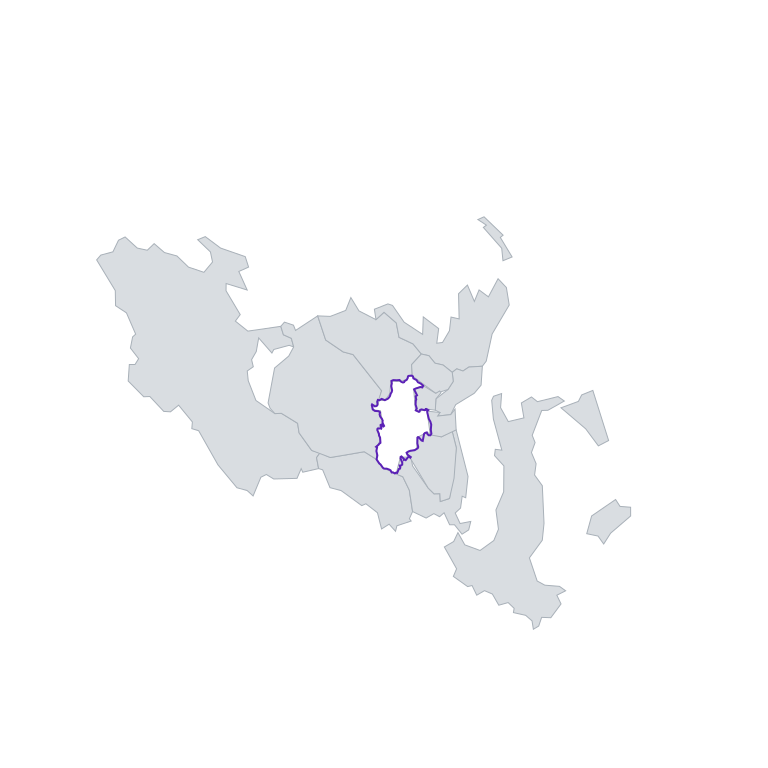 Republic of Serbia highlighted, Robinson projection, rotated 228°
{"feature_id": "SRB", "entity_name": "Republic of Serbia", "entity_type": "country or territory", "adm_level": 0, "iso_a3": "SRB", "parent_name": "Europe", "parent_adm1": "", "projection": "robinson", "projection_center": [20.755, 44.206], "detail": "medium", "context": "with_neighbors", "style": "outline", "palette": "violet", "viewbox_px": 768, "rotation_deg": 228, "n_neighbors": 12, "source": "natural_earth", "source_scale": "50m", "svg_char_len": 7212}
<svg xmlns="http://www.w3.org/2000/svg" viewBox="0 0 768 768"><g transform="rotate(228 384 384)"><path d="M589.4,338.2L598.3,343.4L615.9,342.1L613.1,349.8L594.4,353.5L571.5,366.1L561.5,361.6L564.8,351.4L545.4,345.2L564.3,333.9L559.0,329.0L531.8,323.6L530.2,315.6L514.4,318.2L495.9,345.9L487.9,342.2L479.9,345.7L472.0,341.7L476.2,339.4L483.4,325.2L482.0,321.4L502.1,321.7L493.6,310.8L490.7,301.9L484.3,298.4L485.2,291.1L477.3,285.3L457.4,277.8L435.0,283.1L430.9,288.1L412.6,293.5L404.5,288.2L383.0,285.8L375.7,290.4L374.4,284.6L364.9,278.8L372.8,264.6L376.5,265.8L372.1,256.2L387.2,238.5L395.5,236.0L397.1,230.1L388.4,211.8L396.4,211.0L405.3,205.3L435.0,206.5L473.3,215.0L479.4,211.3L484.0,216.2L505.7,217.2L506.2,206.7L511.0,202.0L531.4,201.6L535.3,196.9L557.4,195.9L568.9,207.8L565.1,212.0L567.0,218.6L580.4,219.6L587.2,228.7L587.2,232.8L609.2,240.2L621.8,236.9L633.2,246.8L668.5,253.5L669.3,259.8L663.6,271.0L668.5,282.9L666.5,290.0L650.1,291.6L641.8,297.6L642.1,307.1L628.6,308.8L617.7,315.8L601.7,316.9L587.5,324.9L589.4,338.2Z" fill="#d9dde1" stroke="#a8b0b8" stroke-width="1"/><path d="M364.9,278.8L374.4,284.6L375.7,290.4L365.3,294.9L346.9,324.0L333.0,328.0L322.3,327.1L302.5,335.9L288.2,331.8L270.1,319.9L266.9,312.7L264.0,312.5L270.0,298.7L266.8,294.0L276.4,294.0L277.9,285.2L292.7,293.0L307.1,290.4L308.5,286.1L333.5,280.8L343.1,274.5L361.3,281.0L364.9,278.8Z" fill="#d9dde1" stroke="#a8b0b8" stroke-width="1"/><path d="M472.0,341.7L479.9,345.7L487.9,342.2L495.9,345.9L496.6,351.4L488.3,356.1L483.0,354.1L479.0,380.3L455.7,370.1L435.2,375.1L426.6,380.7L380.6,377.7L372.3,365.0L376.3,361.4L372.0,358.7L366.5,363.5L356.3,357.2L354.9,348.3L344.3,343.3L342.4,336.4L333.0,328.0L346.9,324.0L365.3,294.9L383.0,285.8L404.5,288.2L412.6,293.5L430.9,288.1L435.0,283.1L442.2,283.1L447.5,285.2L469.1,313.4L468.5,331.9L472.0,341.7Z" fill="#d9dde1" stroke="#a8b0b8" stroke-width="1"/><path d="M375.5,368.8L380.6,377.7L426.6,380.7L435.2,375.1L455.7,370.1L479.0,380.3L470.2,389.3L464.3,404.8L470.4,417.2L455.1,414.3L437.2,421.1L437.3,432.0L421.2,434.0L408.6,426.4L394.4,432.4L381.3,431.8L379.9,417.4L371.0,410.4L373.9,407.3L371.9,404.8L374.8,397.9L381.5,391.1L372.9,381.7L371.2,373.7L375.5,368.8Z" fill="#d9dde1" stroke="#a8b0b8" stroke-width="1"/><path d="M443.4,563.8L441.3,570.2L414.9,572.1L415.1,568.5L392.7,564.2L396.0,554.9L406.1,562.3L433.9,562.6L433.5,566.4L443.4,563.8ZM381.3,431.8L394.4,432.4L408.6,426.4L421.2,434.0L437.3,432.0L437.2,421.1L446.0,426.9L440.9,440.5L436.7,442.9L416.5,440.3L395.0,445.9L407.6,458.1L388.6,461.7L379.0,450.5L375.7,455.3L379.8,468.3L388.9,478.6L382.1,483.4L401.2,499.8L401.7,512.2L384.9,506.4L390.3,517.6L378.9,519.9L385.9,539.2L373.8,539.5L358.9,529.9L348.8,497.8L332.6,475.3L331.4,469.0L339.8,458.4L340.8,451.4L346.6,448.2L347.0,442.5L358.6,440.6L365.4,435.8L375.0,436.3L381.3,431.8Z" fill="#d9dde1" stroke="#a8b0b8" stroke-width="1"/><path d="M347.0,442.5L346.6,448.2L340.8,451.4L339.8,458.4L331.4,469.0L318.2,455.4L316.7,445.0L320.7,423.5L316.6,413.1L324.3,402.4L325.4,406.5L330.2,404.6L338.2,412.6L337.1,427.9L339.6,437.2L347.0,442.5Z" fill="#d9dde1" stroke="#a8b0b8" stroke-width="1"/><path d="M270.1,319.9L288.2,331.8L302.5,335.9L309.0,332.7L318.6,347.1L311.8,355.2L304.0,350.4L277.1,347.2L268.9,347.7L265.1,352.1L259.0,347.2L255.1,356.1L288.1,395.0L303.6,403.2L301.6,406.9L259.1,384.6L244.8,368.6L248.3,367.0L240.6,357.9L240.5,350.6L229.4,347.2L223.8,356.5L218.9,349.3L220.2,341.5L232.2,342.2L235.5,338.6L248.1,342.5L248.2,336.5L254.3,334.3L256.2,325.6L270.1,319.9Z" fill="#d9dde1" stroke="#a8b0b8" stroke-width="1"/><path d="M165.0,311.6L175.3,314.6L177.5,310.6L194.6,306.8L198.1,314.3L222.5,319.8L220.3,330.4L224.1,339.5L210.4,336.4L196.0,344.0L194.2,360.9L199.5,371.9L215.5,382.9L223.8,400.8L242.9,418.3L256.8,418.2L261.0,423.0L256.0,427.3L284.7,441.8L299.8,453.1L301.6,457.2L298.2,465.0L288.4,454.8L272.9,451.2L265.2,465.3L278.0,473.4L275.7,484.9L268.2,486.2L258.2,504.9L250.7,506.6L254.8,488.2L258.8,483.5L246.7,459.8L239.4,457.1L234.4,447.7L223.0,443.7L215.6,435.0L202.5,433.6L173.4,409.7L162.0,397.1L157.5,375.7L135.1,366.0L126.9,368.9L116.2,379.0L108.8,380.6L111.4,371.1L102.1,368.4L98.7,351.6L105.1,345.0L100.6,337.0L101.8,330.9L108.9,335.5L117.3,334.5L127.5,327.2L130.2,330.6L138.5,330.0L142.8,321.3L155.4,324.0L163.2,320.4L165.0,311.6ZM215.7,503.9L247.9,499.6L241.0,516.8L243.6,523.6L239.5,534.9L191.7,513.1L194.6,501.9L215.7,503.9ZM127.8,441.3L137.1,434.5L147.0,450.0L143.2,478.8L135.1,477.5L127.4,484.8L120.9,479.0L121.5,452.6L118.1,440.2L127.8,441.3Z" fill="#d9dde1" stroke="#a8b0b8" stroke-width="1"/><path d="M303.6,403.2L288.1,395.0L267.1,373.0L255.1,356.1L259.0,347.2L265.1,352.1L268.9,347.7L277.1,347.2L318.1,355.2L313.7,364.7L322.1,373.1L319.4,383.3L306.3,391.3L303.6,403.2Z" fill="#d9dde1" stroke="#a8b0b8" stroke-width="1"/><path d="M371.0,410.4L379.9,417.4L381.3,431.8L375.0,436.3L365.4,435.8L358.6,440.6L347.0,442.5L339.6,437.2L337.1,427.9L342.4,416.2L371.0,410.4Z" fill="#d9dde1" stroke="#a8b0b8" stroke-width="1"/><path d="M335.0,397.9L325.4,406.5L324.3,402.4L316.6,413.1L317.8,420.0L301.6,406.9L306.3,391.3L315.3,384.3L335.0,397.9Z" fill="#d9dde1" stroke="#a8b0b8" stroke-width="1"/><path d="M339.4,420.5L338.2,412.6L330.2,404.6L337.7,398.2L340.2,390.9L343.3,389.7L360.2,402.5L356.8,412.0L342.4,416.2L341.6,420.7L339.4,420.5Z" fill="#d9dde1" stroke="#a8b0b8" stroke-width="1"/><path d="M352.8,356.0L355.6,356.8L356.9,357.5L357.6,358.5L359.4,359.1L362.4,359.4L364.4,360.4L365.6,362.1L367.5,361.7L370.1,359.2L372.6,358.6L376.5,360.8L376.8,361.5L373.6,362.2L372.8,363.3L372.6,364.5L373.3,365.7L375.3,367.0L376.3,368.8L375.0,369.7L374.5,372.3L371.4,373.8L370.5,376.9L370.6,378.7L371.0,380.3L372.4,382.6L372.9,384.4L373.9,385.8L377.6,388.0L379.2,390.2L381.3,391.6L380.7,393.5L378.2,396.0L376.6,398.2L374.0,398.3L372.4,399.1L371.9,400.2L372.4,401.1L371.9,403.7L372.6,405.6L373.6,406.9L373.5,407.8L371.7,410.2L370.3,410.6L368.5,409.6L365.2,410.8L362.6,410.4L359.7,411.6L356.5,412.0L355.8,410.2L357.4,409.0L359.5,404.4L359.9,402.8L353.5,401.0L353.7,399.3L350.8,397.5L350.5,396.6L347.6,393.7L343.8,391.9L343.1,390.0L340.0,391.3L339.7,391.8L340.6,393.5L340.0,394.9L337.3,396.7L337.0,397.3L337.5,398.3L337.2,398.7L335.0,399.4L335.0,398.0L333.7,397.0L328.0,393.9L325.1,393.3L322.2,391.9L318.7,388.2L315.3,385.9L314.9,384.1L316.0,382.9L317.8,382.8L319.4,383.4L320.2,381.7L320.1,380.4L315.8,374.7L316.9,374.1L321.2,374.2L321.8,373.7L321.8,373.0L317.5,369.0L314.3,367.3L313.7,366.1L314.3,362.5L316.8,358.8L317.5,357.0L317.8,354.8L315.8,354.1L311.8,355.0L311.6,354.3L313.2,353.8L313.5,352.8L312.9,349.2L314.0,348.9L314.2,348.0L315.3,348.6L317.0,348.6L318.5,348.5L318.7,347.6L317.5,346.4L313.4,345.0L311.9,343.6L312.0,342.2L312.9,341.1L311.0,340.2L310.4,339.3L310.9,338.1L309.1,334.3L310.1,333.6L310.3,332.2L312.2,331.6L313.1,330.5L315.5,331.1L316.7,330.7L319.2,329.4L321.1,327.4L322.6,327.1L326.5,327.6L328.1,327.3L332.9,328.0L335.4,331.3L339.3,333.5L341.5,336.4L342.6,336.1L342.5,339.4L342.8,340.7L342.6,341.8L342.9,342.2L346.9,345.3L349.1,345.9L350.5,347.0L354.0,348.1L355.0,349.0L355.1,349.6L354.1,350.6L353.8,351.5L352.7,352.0L353.1,352.8L355.8,354.0L355.8,354.3L355.6,354.8L352.8,355.2L352.8,356.0Z" fill="none" stroke="#5b21b6" stroke-width="2"/></g></svg>